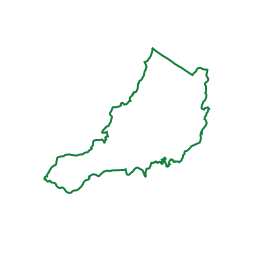 Uileacu De Beius, Bihor, Romania, rotated 59°
{"feature_id": "2599482B23161803427900", "entity_name": "Uileacu De Beius", "entity_type": "district", "adm_level": 2, "iso_a3": "ROU", "parent_name": "Romania", "parent_adm1": "Bihor", "projection": "mercator", "projection_center": [22.219, 46.686], "detail": "fine", "context": "isolated", "style": "outline", "palette": "green", "viewbox_px": 256, "rotation_deg": 59, "n_neighbors": 0, "source": "geoboundaries", "source_scale": "gbopen_adm2", "svg_char_len": 5927}
<svg xmlns="http://www.w3.org/2000/svg" viewBox="0 0 256 256"><g transform="rotate(59 128 128)"><path d="M178.5,138.1L178.6,137.9L178.4,137.4L175.8,136.5L174.5,135.2L172.5,133.1L173.4,131.2L173.4,130.8L173.4,130.1L172.8,129.6L172.3,128.7L171.1,127.2L170.0,126.1L169.9,125.8L170.6,125.2L170.6,124.7L170.9,124.6L171.1,124.1L171.0,123.9L171.0,123.1L170.8,122.5L171.1,121.8L171.3,122.0L171.4,121.9L171.5,121.6L171.3,121.4L171.8,120.9L172.2,121.2L172.4,121.1L172.5,120.8L172.3,120.6L172.6,120.2L172.8,120.3L172.9,120.6L173.2,120.5L173.3,118.8L173.2,118.3L173.3,118.1L174.0,117.7L175.0,117.7L175.4,117.5L176.0,117.6L176.3,116.8L176.3,116.4L175.3,116.0L174.7,116.1L173.4,115.3L173.0,115.4L172.6,115.4L172.7,114.9L172.7,113.3L172.4,111.7L173.9,111.6L174.1,112.5L174.4,112.8L174.6,113.5L175.2,114.3L175.8,114.0L176.3,113.6L176.9,113.9L179.3,113.9L179.9,114.2L180.4,114.8L181.5,114.1L181.5,113.6L181.6,112.9L180.6,112.0L180.6,111.0L179.7,111.4L178.4,110.3L177.3,108.6L177.3,107.5L177.1,107.1L178.1,106.4L178.2,106.8L180.3,105.9L180.7,106.1L181.3,104.9L181.0,104.6L181.6,104.0L182.3,102.7L182.6,102.2L183.3,101.8L183.6,101.8L183.5,101.2L183.6,100.5L183.6,99.5L181.7,96.7L181.4,95.9L180.9,95.5L180.2,95.2L179.8,94.8L179.6,94.5L179.5,93.4L179.4,93.1L179.1,92.8L177.8,92.0L177.3,91.1L177.3,90.9L177.9,89.7L177.7,87.6L177.0,84.7L176.3,83.0L177.4,73.9L174.7,71.0L171.2,69.4L169.7,67.9L170.6,67.6L169.8,67.1L169.8,66.8L168.3,66.1L168.0,65.7L167.9,65.5L166.7,61.9L165.5,59.5L165.0,58.8L164.6,58.4L164.0,57.9L162.0,57.4L160.1,57.5L159.8,57.7L159.7,57.5L159.2,57.3L158.4,56.7L158.1,56.3L157.6,54.9L157.5,54.6L157.2,54.2L155.9,53.3L155.7,52.9L155.2,51.3L155.0,51.0L153.9,50.1L153.6,49.6L153.5,49.0L153.5,48.6L151.4,49.0L150.6,52.0L151.4,53.3L150.4,54.1L149.4,54.7L148.8,54.7L146.1,52.5L145.5,51.4L144.5,50.3L144.1,49.2L144.1,48.4L143.8,47.5L141.9,45.1L140.0,43.8L139.0,43.5L138.1,43.8L137.6,43.5L137.3,42.8L136.8,42.2L132.9,40.0L132.2,39.7L131.0,39.7L129.8,39.3L129.4,38.9L129.2,38.1L128.9,35.8L128.6,35.2L127.8,34.3L127.0,33.9L126.3,33.8L124.3,33.9L123.1,33.7L120.6,31.2L119.0,30.0L118.3,30.5L117.9,31.4L117.2,32.5L116.3,33.3L113.6,35.1L112.8,36.9L112.8,37.3L113.4,39.1L114.5,40.6L114.7,41.6L114.7,42.7L115.1,43.9L115.8,45.5L108.7,49.0L102.7,51.7L102.0,52.4L98.8,53.9L97.8,54.6L93.9,56.1L88.0,58.8L84.2,60.9L75.8,64.7L72.4,65.8L72.6,66.4L74.0,66.9L74.7,67.7L75.8,68.8L77.7,71.0L78.7,72.8L79.8,75.4L80.6,76.9L80.1,79.9L82.6,80.0L85.2,80.7L87.6,83.5L87.7,84.1L88.0,84.5L89.5,86.0L91.0,87.1L91.2,87.5L93.5,91.5L93.7,92.4L93.6,92.9L93.5,93.6L93.7,94.2L94.3,95.0L95.3,95.8L95.3,96.7L98.9,99.1L100.5,101.2L101.3,103.1L101.0,103.7L100.3,104.3L101.2,106.5L101.7,106.3L102.3,107.7L102.8,110.5L103.0,110.8L103.4,111.2L103.8,111.4L106.1,112.0L105.5,113.2L105.8,113.7L106.3,115.2L106.6,115.9L106.7,116.6L106.7,117.2L106.6,117.5L106.4,117.8L106.1,119.0L105.9,119.2L105.5,119.4L105.3,119.3L104.9,119.2L104.0,119.5L103.7,119.7L103.4,120.2L103.3,121.0L103.4,121.3L103.7,121.8L104.3,122.1L104.8,122.1L105.0,122.7L105.1,123.9L104.2,127.0L103.6,128.3L102.7,129.6L102.7,130.1L102.5,130.6L103.5,131.7L104.8,133.5L105.4,134.6L105.7,135.4L106.1,135.9L106.7,136.3L107.2,136.4L108.2,136.3L109.7,135.9L110.0,135.9L110.5,136.3L111.8,137.7L113.2,139.0L113.9,139.7L115.6,142.8L116.1,143.5L116.3,144.0L116.2,144.2L115.9,144.9L115.7,145.6L115.9,146.4L116.0,146.9L116.8,148.9L116.9,150.1L117.6,151.4L118.3,152.4L118.4,152.5L118.6,152.4L119.0,152.1L119.3,152.0L119.4,151.8L119.8,150.9L120.5,148.2L122.2,149.0L124.9,149.5L124.2,151.4L124.5,152.4L125.7,152.7L126.4,152.5L126.8,152.9L126.7,154.2L128.0,155.0L128.3,155.3L128.4,155.5L128.3,155.9L127.9,155.9L127.6,155.6L126.7,155.7L124.6,156.1L123.4,159.2L122.5,160.6L122.0,161.0L121.3,163.4L121.6,164.6L122.8,165.7L124.0,166.4L125.0,167.5L125.4,168.4L125.7,169.7L127.1,169.7L127.2,172.6L128.0,174.8L127.6,176.1L127.0,177.5L126.9,178.3L127.3,180.4L126.0,182.8L125.1,186.3L123.0,189.1L120.4,192.0L118.8,195.4L119.0,198.0L118.1,199.4L117.0,203.1L117.3,204.2L122.2,208.5L122.5,209.3L122.2,209.9L122.0,210.7L122.3,211.8L122.3,213.5L122.9,214.7L123.9,216.8L124.3,217.5L125.2,218.4L125.4,219.4L125.8,220.2L126.0,220.9L126.4,221.3L126.9,221.6L127.4,222.2L127.7,222.3L127.5,222.5L127.5,222.9L127.3,223.4L127.4,223.5L127.5,223.9L127.3,224.3L127.6,224.7L127.7,225.0L128.5,225.5L128.5,225.8L128.9,226.0L129.3,225.8L129.4,225.3L129.5,225.1L130.4,224.9L130.9,225.0L132.2,224.6L132.5,224.5L132.7,224.2L132.8,224.1L132.8,222.7L133.0,222.2L133.2,221.9L133.5,221.9L134.1,222.0L135.1,221.7L135.3,221.5L135.7,221.0L136.6,220.2L137.0,219.6L137.5,219.2L138.2,219.0L138.8,218.7L139.2,218.7L139.9,219.1L141.6,218.9L142.9,218.4L143.3,218.3L144.2,217.7L144.5,217.0L144.6,216.9L144.5,216.5L144.7,215.7L145.1,215.2L145.9,214.4L146.5,214.2L147.2,213.9L149.1,214.0L151.2,213.5L152.1,213.0L152.8,212.4L153.6,211.3L154.1,210.2L153.8,208.7L153.6,208.0L153.6,207.6L153.9,206.1L155.0,204.1L154.9,203.3L155.0,201.8L154.8,200.9L154.6,200.7L154.4,198.9L154.1,197.9L153.3,196.6L153.2,196.4L153.2,196.2L152.9,195.7L152.7,195.2L152.1,194.6L151.3,193.1L151.1,191.4L151.2,191.0L151.1,190.5L151.2,190.1L151.5,189.6L151.7,189.2L151.8,188.9L151.5,188.2L151.5,187.7L151.4,187.2L151.3,186.9L150.9,186.7L150.2,186.8L149.6,186.5L149.5,186.3L149.4,185.9L149.6,184.2L149.5,183.1L149.6,182.5L150.0,181.3L150.5,180.6L151.8,179.5L151.9,179.3L152.3,179.1L152.5,179.1L153.0,178.9L154.0,178.3L154.3,177.1L153.5,175.1L153.5,174.5L153.4,174.2L153.4,173.7L153.2,172.7L152.9,171.6L153.2,170.2L153.4,169.6L153.6,168.3L154.9,166.4L155.4,165.9L155.5,165.9L155.7,165.3L155.7,164.9L155.9,164.5L156.2,163.3L158.4,159.5L161.4,153.9L161.9,153.5L161.9,152.9L162.2,151.3L165.1,152.3L166.8,152.8L167.7,152.5L168.2,152.1L168.4,151.6L168.5,150.2L168.2,149.3L168.0,148.6L167.9,147.9L167.9,146.6L167.6,145.7L166.7,143.8L166.6,143.3L166.4,141.5L166.6,140.6L166.9,140.3L167.2,140.0L170.2,138.1L171.7,137.3L172.2,137.3L177.2,138.2L178.2,138.2L178.5,138.1Z" fill="none" stroke="#15803d" stroke-width="2"/></g></svg>